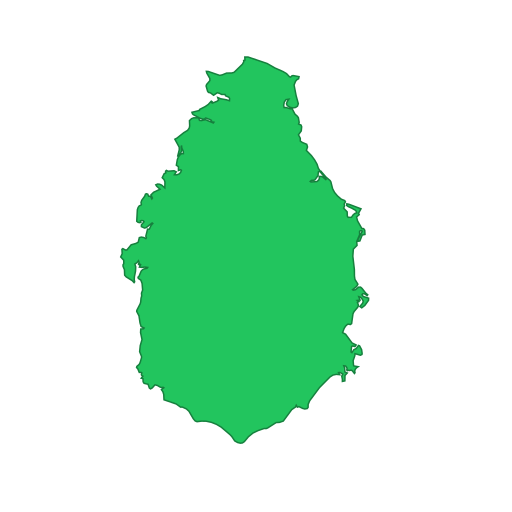 outline of Hainan, rotated 306°
{"feature_id": "CHN-1775", "entity_name": "Hainan", "entity_type": "Province", "adm_level": 1, "iso_a3": "CHN", "parent_name": "China", "parent_adm1": "", "projection": "mercator", "projection_center": [109.857, 19.166], "detail": "fine", "context": "isolated", "style": "filled", "palette": "green", "viewbox_px": 512, "rotation_deg": 306, "n_neighbors": 0, "source": "natural_earth", "source_scale": "10m", "svg_char_len": 6123}
<svg xmlns="http://www.w3.org/2000/svg" viewBox="0 0 512 512"><g transform="rotate(306 256 256)"><path d="M423.0,179.2L423.8,180.0L426.4,185.4L424.4,186.3L422.8,185.5L420.6,185.3L416.7,186.3L409.4,194.1L404.1,200.7L401.6,201.5L399.4,200.7L397.6,198.9L396.4,196.5L396.0,193.0L397.0,191.2L399.2,190.5L402.2,190.4L400.1,188.3L397.1,188.4L394.2,189.8L392.6,191.5L393.9,193.3L395.2,197.2L396.4,198.6L393.7,204.1L393.4,207.3L392.8,209.0L389.5,212.4L387.8,212.9L388.4,215.5L387.4,217.0L383.8,219.1L379.0,219.1L377.3,222.6L375.0,224.3L375.1,226.8L376.2,231.4L374.5,233.6L371.0,234.7L369.8,241.8L368.2,246.9L366.1,251.5L363.6,254.9L362.4,258.1L360.8,257.0L357.4,258.9L352.5,258.9L351.4,258.4L349.8,256.4L348.2,256.0L348.2,257.0L352.1,261.6L354.5,262.1L356.1,261.6L357.6,260.4L358.8,262.1L359.1,263.4L358.8,268.2L359.9,266.0L361.7,258.9L362.7,258.9L361.0,266.2L360.6,271.5L360.0,273.0L355.4,278.5L353.6,282.2L352.5,286.6L352.1,291.6L353.0,295.2L352.4,296.5L349.8,296.8L348.8,298.1L346.2,298.8L345.3,303.8L341.9,306.5L341.4,307.8L343.4,310.5L346.2,310.4L348.4,310.9L350.1,312.1L351.2,310.6L351.4,309.4L351.0,305.5L350.2,301.7L350.2,299.7L351.6,298.8L352.5,300.8L355.9,313.2L350.9,313.8L350.1,315.2L346.7,314.4L344.1,317.5L340.5,325.4L341.4,327.0L340.8,328.8L337.5,331.5L335.4,329.6L329.2,331.2L327.9,329.9L329.3,328.8L338.5,327.4L338.5,326.3L337.5,325.4L336.6,325.4L334.2,327.3L326.8,329.0L324.0,331.5L318.8,330.7L312.7,334.5L302.8,343.6L297.7,347.4L295.2,349.8L293.1,355.0L290.6,355.3L285.5,353.9L285.5,354.8L287.2,356.3L291.1,357.3L292.3,358.9L292.1,360.9L290.5,366.5L290.3,369.2L289.3,369.2L289.2,366.1L288.2,364.5L286.9,364.5L286.3,366.6L288.1,371.9L286.3,373.1L280.0,373.1L276.2,372.0L276.2,369.7L280.7,370.0L282.6,369.2L284.0,366.1L284.0,364.4L283.5,363.0L281.5,366.1L279.6,364.1L279.6,366.1L278.1,365.2L276.9,367.1L275.8,368.1L274.2,368.4L268.7,368.0L266.3,368.4L257.5,373.1L256.0,372.6L255.2,370.8L254.5,370.2L251.9,369.7L249.1,369.9L244.9,371.1L245.4,374.4L242.1,384.8L242.9,389.3L240.9,389.3L240.0,387.1L239.0,386.5L234.2,389.3L234.2,390.4L237.6,390.2L240.1,391.5L243.9,391.5L244.2,392.6L242.3,396.5L239.6,399.1L238.6,399.6L237.1,398.8L235.2,393.5L233.3,394.6L228.4,396.1L225.2,398.9L224.6,399.6L224.8,400.3L226.5,403.7L224.5,403.0L222.6,402.9L220.9,403.5L219.8,404.7L218.8,404.7L219.8,401.2L219.5,400.0L218.2,398.8L217.7,397.5L217.1,397.5L216.9,397.1L217.2,396.4L218.8,395.6L219.6,393.8L219.6,392.9L218.8,391.5L217.6,393.5L214.4,396.1L215.0,398.6L211.7,398.2L207.2,401.3L205.3,399.6L207.1,398.3L209.2,396.0L211.6,395.6L211.1,392.3L210.2,391.3L209.2,393.5L207.5,390.6L205.0,388.3L201.8,387.0L186.8,384.7L170.5,384.5L166.6,385.4L164.2,387.1L162.7,387.1L160.9,385.4L160.1,383.2L159.4,379.3L158.0,378.3L158.9,376.3L157.0,376.7L152.7,375.2L138.5,375.1L135.2,372.8L133.1,370.2L123.7,366.5L122.3,365.6L121.3,364.0L116.0,360.3L111.0,357.6L105.3,356.1L99.0,355.7L96.8,354.9L95.4,353.4L94.3,350.8L93.9,347.5L95.7,342.6L96.2,340.1L97.1,328.4L96.6,323.0L95.2,317.6L93.0,312.7L90.4,309.0L87.3,305.7L86.8,303.7L87.5,300.9L91.0,293.0L91.4,289.6L90.5,285.2L89.4,283.8L89.4,278.5L85.6,266.1L89.7,262.8L91.5,260.4L92.3,258.0L95.2,258.9L95.2,258.0L94.2,257.1L93.6,255.5L93.3,252.3L92.4,250.0L88.3,249.6L86.5,248.8L86.5,247.3L88.8,244.1L87.2,240.3L87.9,238.6L90.4,236.6L89.7,235.0L92.3,235.1L92.3,233.5L92.9,232.8L94.3,232.4L94.3,231.4L93.2,230.0L95.2,226.8L95.6,224.9L96.7,224.5L99.6,225.2L101.6,224.9L106.4,223.2L107.5,222.4L110.2,218.1L115.5,215.0L121.4,212.9L126.2,207.6L129.2,205.7L131.0,207.8L132.0,207.8L131.4,204.5L133.7,201.5L138.8,196.5L141.0,192.1L142.0,191.5L149.2,190.4L150.9,189.8L154.3,187.8L156.5,187.0L158.6,185.2L161.8,184.3L166.8,180.0L168.8,177.0L168.7,174.0L169.5,173.0L170.6,173.3L176.3,172.0L178.2,172.3L179.7,173.0L182.1,175.1L183.1,175.1L181.8,172.7L179.5,170.1L178.5,168.2L181.2,167.8L181.2,166.9L180.2,166.9L180.2,165.8L182.1,165.2L183.1,163.7L180.5,163.6L178.3,162.7L176.6,165.0L173.0,167.4L167.6,169.9L165.3,171.4L163.8,173.0L162.8,173.0L163.3,170.4L162.8,163.2L163.3,161.0L167.6,157.6L169.5,154.5L170.7,153.6L172.1,153.5L174.8,151.5L175.7,147.1L179.2,146.4L182.6,143.6L183.7,143.9L184.1,146.8L185.0,148.0L191.7,148.4L195.5,151.4L197.9,152.6L202.3,150.8L203.9,152.1L205.0,154.4L205.3,156.7L206.3,156.7L207.3,155.2L214.0,152.5L214.9,153.9L218.9,153.2L221.7,153.4L221.7,152.5L214.4,150.5L213.1,149.4L212.4,146.0L213.8,145.0L217.9,145.3L218.3,144.2L217.6,142.7L216.5,141.8L215.5,143.1L214.6,142.3L213.9,140.8L214.0,139.1L223.7,132.8L226.0,132.1L228.0,132.1L229.4,133.0L230.3,133.0L231.7,131.5L233.9,130.8L239.0,130.8L241.1,130.2L242.0,130.8L242.4,132.1L241.2,134.0L242.0,135.0L242.0,136.0L240.9,138.2L242.0,138.2L243.7,135.1L247.4,135.7L253.6,139.1L254.1,134.5L254.7,133.1L256.4,134.1L257.4,135.8L257.9,138.0L257.5,142.2L262.4,138.8L263.8,136.7L264.2,134.1L268.7,133.3L270.3,134.2L271.4,133.0L272.6,133.2L272.9,135.0L276.8,139.6L277.2,142.0L273.8,142.2L275.0,144.1L277.0,145.5L279.3,145.9L281.5,145.3L281.5,144.3L279.6,143.0L282.7,140.7L282.6,138.2L287.7,135.7L290.3,135.0L293.3,135.1L295.1,135.7L296.1,137.1L297.9,135.7L299.9,132.3L301.7,130.8L300.2,131.4L296.9,134.1L295.4,134.4L290.3,134.1L296.8,131.5L298.9,129.9L302.8,121.7L304.8,122.7L313.4,125.1L317.4,126.8L320.2,126.8L322.2,125.9L326.4,122.6L329.2,123.1L331.2,124.4L333.7,127.9L333.7,128.8L332.5,130.6L333.5,132.3L336.6,135.0L338.5,143.3L339.5,143.3L338.5,141.2L338.5,140.2L339.5,140.2L339.5,139.1L338.3,134.8L338.0,134.1L336.6,133.8L335.7,132.9L334.6,129.9L333.5,122.3L333.7,121.0L334.6,119.7L340.5,124.7L341.4,124.2L346.9,127.0L350.5,128.3L355.0,128.8L355.0,129.9L354.0,129.9L354.0,130.8L358.2,133.5L360.1,134.1L361.7,131.9L362.4,134.9L365.0,140.2L366.0,143.3L368.0,142.0L368.5,140.7L367.7,137.2L368.5,136.0L366.5,133.3L366.1,130.7L365.3,128.7L361.1,127.2L361.2,123.2L360.4,121.4L360.9,119.9L364.2,115.7L365.8,115.2L370.8,115.6L372.5,114.3L375.1,108.6L376.2,107.3L377.2,108.8L380.8,120.5L382.7,122.2L386.7,124.7L389.8,128.8L391.7,130.3L403.2,132.3L406.1,131.9L406.9,131.1L408.0,131.9L410.4,130.0L412.3,132.6L418.3,151.9L419.2,160.6L421.1,169.4L421.5,173.5L420.7,177.6L421.0,178.8L423.0,179.2Z" fill="#22c55e" stroke="#15803d" stroke-width="1.5"/></g></svg>